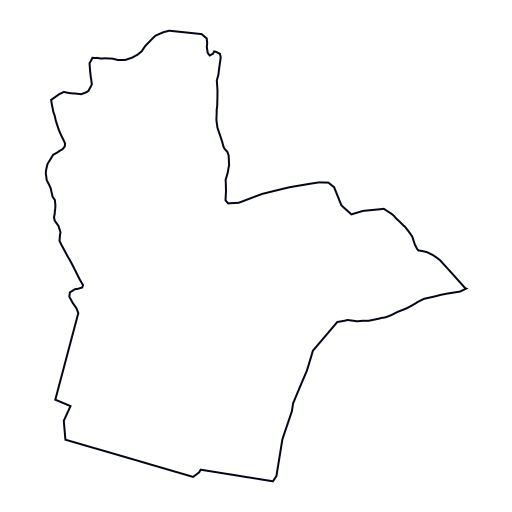 the district of Hush Isa, Al Buhayrah, Egypt
{"feature_id": "37247803B77234514351972", "entity_name": "Hush Isa", "entity_type": "district", "adm_level": 2, "iso_a3": "EGY", "parent_name": "Egypt", "parent_adm1": "Al Buhayrah", "projection": "natural_earth1", "projection_center": [30.321, 30.891], "detail": "fine", "context": "isolated", "style": "outline", "palette": "ink", "viewbox_px": 512, "rotation_deg": 0, "n_neighbors": 0, "source": "geoboundaries", "source_scale": "gbopen_adm2", "svg_char_len": 3607}
<svg xmlns="http://www.w3.org/2000/svg" viewBox="0 0 512 512"><path d="M272.9,481.3L276.4,476.1L282.4,439.3L287.8,423.3L291.9,411.2L293.1,403.3L295.2,398.3L299.5,388.0L303.9,377.6L305.0,375.1L306.8,370.9L310.4,359.1L312.9,350.7L318.7,343.9L337.3,322.0L342.5,321.1L345.4,320.6L347.2,320.0L348.4,320.1L349.1,320.2L357.3,321.3L362.4,320.8L368.5,320.8L372.9,319.9L374.5,319.6L380.0,318.4L381.1,318.0L385.2,317.4L386.6,316.9L391.1,315.2L397.6,311.9L407.1,308.1L411.9,305.5L416.2,303.0L417.4,302.1L423.8,298.9L425.0,298.6L432.7,296.9L435.0,296.4L440.9,294.8L447.2,293.6L454.7,292.4L459.9,291.6L466.2,288.6L465.2,288.2L464.7,287.6L462.1,284.7L459.6,281.9L451.8,273.2L448.8,269.9L441.9,262.3L440.7,260.9L440.0,260.2L437.0,257.9L433.1,255.2L428.9,253.1L426.9,252.1L425.1,251.7L422.2,251.0L420.2,250.7L418.5,250.5L417.2,249.1L415.6,246.0L414.8,244.4L412.2,236.5L408.6,231.4L404.7,226.4L403.7,225.8L400.5,222.5L398.4,220.5L396.6,218.8L395.4,217.7L394.1,216.0L391.5,213.8L383.8,208.8L379.4,209.3L373.2,209.9L363.0,210.9L358.3,212.3L351.4,214.4L341.4,205.4L335.1,189.7L334.2,187.3L330.6,184.4L328.3,182.6L319.0,182.4L313.5,183.2L301.5,185.2L296.7,186.0L290.9,187.0L288.9,187.4L285.5,188.2L278.9,189.8L270.3,191.9L266.0,193.0L262.5,193.8L257.9,195.5L253.4,197.2L249.2,198.8L246.8,199.7L242.4,201.4L238.6,202.8L234.4,203.0L232.3,203.1L228.1,203.4L225.5,200.3L226.0,191.1L225.9,187.5L225.8,183.0L225.6,180.0L226.4,177.2L227.6,173.2L227.8,172.2L228.7,167.0L229.0,165.8L229.1,164.8L228.9,161.4L228.9,160.6L228.6,155.3L227.9,153.3L227.5,152.1L226.3,150.7L224.4,148.6L224.1,147.9L223.4,146.4L222.8,144.0L222.5,143.1L222.4,142.4L221.6,140.0L219.7,134.3L219.2,132.9L217.4,127.5L217.1,125.0L216.8,123.3L216.5,120.7L216.4,119.5L216.5,116.7L216.6,114.2L216.7,112.6L216.7,111.4L216.6,110.7L217.2,105.9L217.4,98.3L217.5,90.9L217.1,84.6L216.8,80.4L218.3,75.3L219.0,69.5L219.7,64.5L220.7,57.4L220.0,53.9L216.1,51.9L214.2,51.4L212.9,53.8L209.7,55.5L207.7,52.9L206.8,46.8L207.2,43.1L206.7,38.4L201.6,34.1L169.2,30.7L166.3,31.5L164.0,32.0L162.3,32.7L158.1,34.5L155.5,35.7L154.9,36.2L152.0,39.0L149.6,41.5L148.6,42.5L146.9,44.2L145.0,46.3L144.5,47.1L143.0,49.3L141.7,51.3L137.1,55.0L136.5,55.2L134.6,56.3L132.5,57.5L131.3,57.9L128.4,58.9L125.5,59.9L122.0,60.0L119.6,60.0L118.4,60.1L115.9,59.5L112.7,58.7L111.8,58.6L110.7,58.5L109.3,58.5L106.7,58.4L104.1,58.3L101.1,58.6L99.6,58.3L98.8,58.2L97.3,57.9L94.6,58.1L92.4,57.8L91.9,59.0L91.5,59.7L91.1,60.5L89.6,63.1L89.6,64.0L89.8,66.8L90.1,71.1L90.3,72.8L90.5,74.8L90.9,77.8L91.3,80.1L91.5,81.8L91.8,83.8L91.7,84.6L91.0,86.1L90.2,87.6L89.7,88.5L89.1,89.6L88.6,90.7L87.0,91.8L86.5,92.2L81.2,94.2L75.9,93.6L70.1,93.2L65.9,92.4L65.0,92.2L63.9,91.9L59.0,94.3L54.3,97.7L51.1,99.9L51.6,102.8L52.1,105.8L52.7,108.6L53.3,111.8L54.8,116.0L55.0,116.9L55.7,120.3L57.3,125.4L58.8,129.8L61.3,135.6L63.4,139.7L63.7,140.5L64.6,142.4L65.1,143.8L64.7,146.5L62.9,148.8L62.3,149.4L59.6,150.8L57.5,152.4L53.1,154.8L49.8,160.3L47.5,164.0L46.3,169.0L45.9,171.7L45.8,173.8L46.0,174.6L46.7,180.2L49.2,184.9L50.7,188.3L51.6,192.3L52.6,196.8L54.9,200.1L55.4,205.2L55.2,209.1L54.8,211.3L54.8,212.7L54.7,213.8L54.0,217.2L54.7,220.6L58.5,226.0L58.9,227.3L60.5,232.3L60.0,234.8L59.7,238.5L59.5,240.8L61.5,245.0L62.6,247.0L66.4,254.0L67.0,255.3L69.6,259.7L72.1,264.3L72.5,265.1L75.9,271.8L76.2,272.5L79.8,279.6L83.0,285.1L82.2,287.5L77.7,288.9L76.3,289.0L75.0,289.2L69.9,292.4L69.3,296.6L69.9,297.8L72.7,302.9L76.5,308.3L78.3,313.1L55.3,399.7L70.5,406.1L63.8,420.8L65.4,439.7L87.0,446.0L129.8,458.4L150.2,464.4L193.1,476.9L199.2,472.3L199.6,471.5L200.7,469.7L272.9,481.3Z" fill="none" stroke="#020617" stroke-width="2"/></svg>